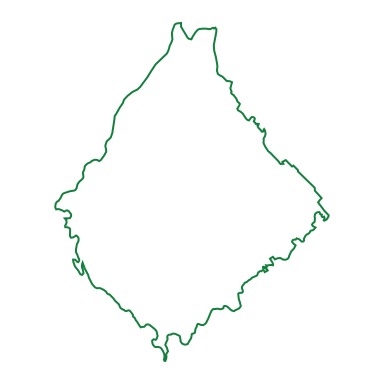 Lapusnicu Mare, Caras-Severin, Romania
{"feature_id": "2599482B82081926403008", "entity_name": "Lapusnicu Mare", "entity_type": "district", "adm_level": 2, "iso_a3": "ROU", "parent_name": "Romania", "parent_adm1": "Caras-Severin", "projection": "orthographic", "projection_center": [21.88, 44.901], "detail": "fine", "context": "isolated", "style": "outline", "palette": "green", "viewbox_px": 384, "rotation_deg": 0, "n_neighbors": 0, "source": "geoboundaries", "source_scale": "gbopen_adm2", "svg_char_len": 5958}
<svg xmlns="http://www.w3.org/2000/svg" viewBox="0 0 384 384"><path d="M182.7,343.9L184.6,344.6L185.7,344.6L187.6,344.1L189.4,340.9L191.1,338.2L191.9,334.0L194.6,333.0L195.1,332.0L195.2,330.4L195.7,328.4L196.5,327.1L197.0,325.2L197.6,324.1L198.6,324.0L201.5,325.1L203.3,325.0L204.4,324.4L205.7,323.4L206.6,321.9L208.1,318.9L211.3,311.1L212.9,309.2L217.6,308.7L220.8,309.3L223.4,308.3L223.4,307.2L224.2,306.0L225.2,305.9L226.2,306.2L227.1,306.5L228.1,307.3L230.2,309.4L231.8,310.5L234.0,311.2L235.1,310.3L238.6,308.7L240.2,307.2L240.8,306.0L239.9,302.4L238.8,299.0L238.2,293.8L239.4,292.9L242.1,292.7L242.9,291.7L242.7,290.1L242.0,288.6L241.9,286.9L242.8,285.4L245.0,282.6L245.9,282.4L247.1,281.8L248.5,280.4L250.5,279.3L251.3,278.5L251.8,277.8L256.4,275.8L257.3,275.1L258.2,272.4L260.0,271.2L261.3,271.2L263.0,269.9L264.3,271.0L264.7,272.1L267.7,270.5L267.2,269.5L265.9,268.6L263.0,267.8L263.1,266.8L263.6,266.7L265.9,267.6L266.5,267.4L266.9,266.6L266.5,266.0L266.2,265.3L267.5,265.5L269.4,265.1L271.6,265.0L273.0,265.3L273.1,264.9L272.8,263.4L272.0,261.8L270.0,258.7L272.9,256.8L274.9,259.4L277.4,258.3L280.3,258.0L283.4,259.7L285.7,259.7L287.3,259.1L288.6,257.8L289.4,255.3L291.3,251.3L294.0,248.5L295.6,245.3L293.8,243.9L293.0,243.1L292.0,241.6L292.8,240.1L294.3,239.6L295.7,239.6L296.6,238.4L298.7,239.0L299.9,239.9L301.7,241.6L303.1,241.6L304.0,240.7L303.9,238.9L304.4,237.8L305.0,236.7L305.6,235.6L307.1,234.3L309.2,233.2L310.6,230.7L312.2,230.4L313.8,229.6L315.5,227.5L314.0,226.8L313.4,226.3L312.6,225.9L312.0,224.6L312.7,223.4L314.0,222.4L314.7,221.5L314.7,220.5L314.9,219.3L314.9,218.1L314.6,216.6L315.0,214.3L316.4,212.7L318.1,212.1L319.4,212.1L319.7,212.5L320.2,214.1L320.7,214.5L321.7,214.5L321.9,214.6L321.7,216.4L322.2,216.9L322.8,217.2L323.7,216.7L324.1,216.6L324.5,217.5L324.6,218.3L323.7,220.2L324.2,220.7L326.6,219.5L327.4,218.4L328.7,216.0L328.6,215.2L324.2,210.6L321.2,206.5L318.9,203.6L318.1,202.3L318.6,201.9L319.4,200.5L321.6,198.1L314.9,190.7L314.7,187.8L297.9,171.4L297.9,170.1L293.4,165.6L292.1,166.5L285.7,160.1L282.4,161.9L283.4,163.8L280.7,164.0L279.6,163.1L279.0,162.0L277.6,160.3L274.0,156.7L270.5,153.0L268.2,151.2L265.2,146.6L263.5,143.0L263.7,140.7L263.7,138.3L265.1,136.1L265.6,133.3L264.9,130.3L264.1,129.1L263.4,130.1L263.2,131.5L261.8,131.7L260.3,129.7L258.5,127.9L257.5,125.9L258.0,125.5L258.4,125.1L258.6,124.5L258.7,123.9L257.4,123.8L256.0,124.1L255.3,122.8L254.5,122.2L253.8,121.3L254.5,119.9L254.8,118.4L253.7,117.3L252.4,117.0L251.5,117.2L250.2,118.7L249.1,120.4L248.0,120.2L246.8,119.4L245.8,118.3L242.7,113.5L240.8,111.9L238.2,110.4L237.3,108.8L239.4,105.2L239.8,103.9L239.2,103.1L238.2,102.2L237.3,101.2L236.5,99.0L233.8,95.3L231.6,93.7L231.1,92.9L231.6,91.7L230.8,89.9L230.4,88.1L232.0,82.2L230.8,81.6L229.4,81.2L228.0,81.0L226.6,80.9L222.5,76.7L220.1,75.5L217.9,74.0L216.9,70.5L217.4,67.0L217.1,63.8L215.9,57.2L214.2,50.7L213.8,45.2L216.3,32.0L216.4,29.2L215.3,27.7L214.1,28.5L213.8,28.2L213.5,27.9L212.7,27.9L211.0,28.8L210.1,29.0L209.2,29.1L208.3,29.1L206.8,28.7L202.8,28.7L199.3,29.0L197.5,30.0L195.5,32.3L192.7,36.6L191.4,39.3L188.7,38.7L187.6,37.7L181.1,26.8L181.0,23.0L176.4,23.5L174.7,24.6L172.7,29.7L171.9,33.3L172.4,39.3L172.4,39.5L171.9,41.1L171.3,42.6L170.6,44.1L169.8,45.5L168.4,50.5L166.9,53.5L155.5,64.5L151.3,70.9L147.2,77.5L140.1,87.0L137.4,89.5L132.6,91.9L127.5,95.9L124.0,99.7L122.9,103.0L119.8,107.5L116.0,114.3L114.7,116.0L114.4,119.4L112.3,133.0L110.8,137.4L108.9,139.4L106.8,141.2L105.4,145.3L105.4,146.3L105.6,147.3L105.8,148.3L106.1,149.3L106.2,151.8L104.2,155.4L100.7,160.2L99.1,161.1L97.1,159.9L94.6,159.8L91.9,160.9L90.4,162.3L88.5,163.0L86.7,164.1L84.9,166.1L84.2,169.8L82.9,172.5L83.4,176.4L83.1,178.1L81.3,180.0L79.3,181.7L77.5,184.3L76.7,187.8L75.6,189.8L74.1,190.6L70.1,191.2L68.7,191.6L66.8,192.3L64.9,192.8L63.5,193.4L62.4,194.3L61.6,195.8L61.0,197.3L58.6,200.8L57.0,201.7L55.8,203.4L55.4,205.5L55.3,207.6L56.2,209.4L57.8,209.1L59.5,209.3L62.0,210.3L64.3,211.6L65.6,210.8L67.2,210.3L68.7,211.1L71.0,214.1L71.2,215.9L70.1,218.0L67.5,218.5L66.2,218.2L64.8,218.4L65.6,219.3L66.3,220.3L66.3,220.5L66.6,221.8L66.5,222.8L66.2,223.8L65.7,224.8L65.1,225.6L65.3,227.2L66.9,227.2L68.5,227.6L69.3,228.1L69.9,228.8L70.1,229.1L70.1,231.1L70.1,232.7L69.9,234.3L70.1,236.3L70.9,237.7L73.2,237.4L76.1,235.5L76.9,236.0L77.6,236.7L78.2,237.5L78.6,238.4L78.6,239.8L78.4,241.1L78.3,241.5L77.0,244.0L76.0,249.0L75.9,250.4L76.0,252.1L77.4,255.0L78.5,258.1L79.2,259.1L79.2,260.5L78.8,261.4L78.2,262.2L77.3,261.9L75.2,259.7L73.1,259.6L73.3,261.8L75.0,266.5L78.1,270.3L80.3,274.2L82.1,274.9L83.5,273.2L83.0,270.2L82.0,267.3L81.9,265.8L82.0,265.2L82.2,263.9L82.6,262.7L84.7,268.4L88.2,275.0L88.9,277.7L91.1,282.0L92.3,284.3L95.0,287.3L96.8,288.2L99.5,288.1L101.0,288.5L103.6,289.8L105.8,291.4L106.2,291.8L106.5,292.5L107.4,293.7L108.6,294.3L109.4,294.4L110.5,295.4L113.4,298.4L115.0,300.7L119.1,304.5L119.6,306.3L120.6,308.1L123.0,309.6L124.0,309.9L124.5,310.5L125.3,310.9L126.1,311.1L128.4,310.4L129.0,310.4L129.5,310.5L130.2,311.1L130.7,311.7L132.9,314.8L132.9,316.1L133.5,317.1L134.5,317.5L135.9,320.4L136.9,321.5L139.8,326.2L140.8,327.3L141.7,327.0L144.4,326.7L146.1,324.7L147.3,324.4L148.7,324.5L150.2,325.4L154.4,328.8L156.3,330.8L156.8,332.2L157.1,333.9L157.6,335.9L157.0,337.7L156.3,339.3L155.7,339.8L154.5,339.5L153.5,339.3L152.2,340.5L152.2,341.9L152.7,344.2L154.3,346.4L155.5,347.1L158.3,346.9L160.0,347.5L161.2,348.3L162.9,350.9L163.9,353.0L164.4,354.7L164.4,355.9L164.5,356.9L164.3,358.3L163.9,359.5L164.1,360.3L164.7,360.9L165.3,361.0L166.1,359.0L166.3,358.3L166.2,357.6L166.4,357.1L166.5,356.4L166.3,355.8L165.8,355.2L167.0,352.8L168.0,351.2L167.7,350.3L167.5,350.1L167.2,348.6L166.7,347.3L165.7,345.8L165.3,344.8L166.2,342.4L167.5,339.5L167.6,338.5L167.2,337.5L167.5,335.9L168.4,335.0L169.7,334.6L171.3,334.5L172.2,333.8L173.5,333.6L174.5,333.7L175.8,334.1L179.6,335.9L179.9,336.7L180.4,339.0L180.6,341.3L181.6,343.0L182.7,343.9Z" fill="none" stroke="#15803d" stroke-width="2"/></svg>